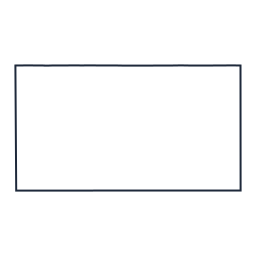 the district of Sedgwick, Colorado, United States of America
{"feature_id": "52423323B40311504690306", "entity_name": "Sedgwick", "entity_type": "district", "adm_level": 2, "iso_a3": "USA", "parent_name": "United States of America", "parent_adm1": "Colorado", "projection": "mercator", "projection_center": [-102.342, 40.876], "detail": "fine", "context": "isolated", "style": "outline", "palette": "slate", "viewbox_px": 256, "rotation_deg": 0, "n_neighbors": 0, "source": "geoboundaries", "source_scale": "gbopen_adm2", "svg_char_len": 405}
<svg xmlns="http://www.w3.org/2000/svg" viewBox="0 0 256 256"><path d="M240.6,190.5L240.5,65.5L233.4,65.4L213.1,65.5L188.3,65.5L181.5,65.4L180.4,65.4L173.1,65.5L159.6,65.5L158.0,65.5L150.8,65.6L150.4,65.6L123.6,65.6L117.8,65.5L84.3,65.4L83.8,65.5L77.3,65.4L51.5,65.5L48.1,65.6L44.5,65.6L44.4,65.5L43.3,65.5L27.5,65.4L15.4,65.5L16.2,190.6L240.6,190.5Z" fill="none" stroke="#1e293b" stroke-width="2"/></svg>